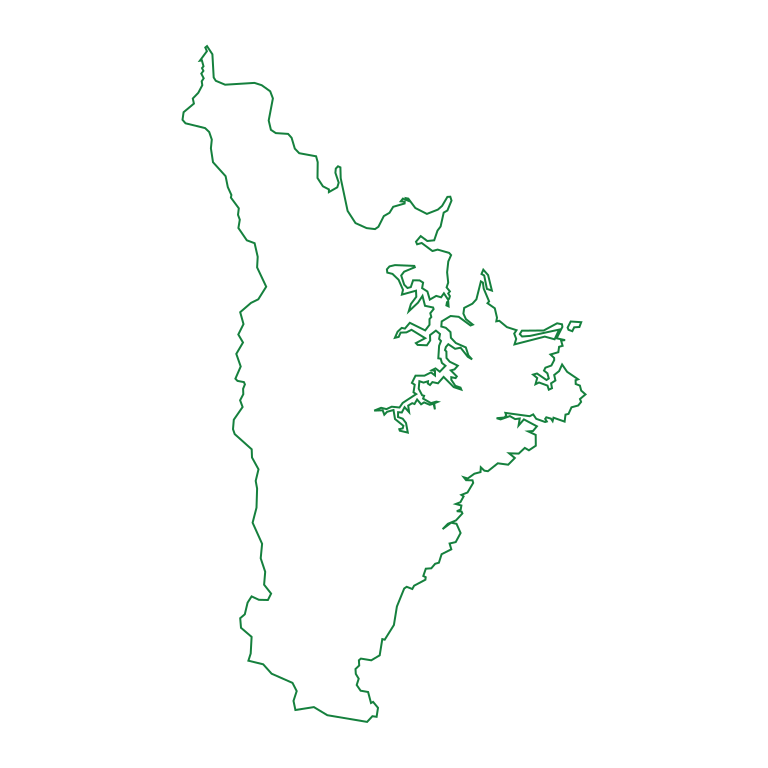 outline of Hornsby, New South Wales, Australia
{"feature_id": "25037944B15233431502175", "entity_name": "Hornsby", "entity_type": "district", "adm_level": 2, "iso_a3": "AUS", "parent_name": "Australia", "parent_adm1": "New South Wales", "projection": "robinson", "projection_center": [151.145, -33.572], "detail": "fine", "context": "isolated", "style": "outline", "palette": "green", "viewbox_px": 768, "rotation_deg": 0, "n_neighbors": 0, "source": "geoboundaries", "source_scale": "gbopen_adm2", "svg_char_len": 6107}
<svg xmlns="http://www.w3.org/2000/svg" viewBox="0 0 768 768"><path d="M207.0,46.1L205.3,47.5L206.9,51.2L199.9,60.7L201.9,60.4L203.5,66.3L202.0,68.1L203.4,70.9L201.3,73.6L203.7,78.3L201.7,81.3L202.3,85.2L198.3,92.8L192.8,98.5L193.9,103.6L183.6,112.2L182.5,119.8L185.5,123.3L205.1,128.1L209.2,132.0L211.8,139.6L210.9,148.3L213.0,162.2L225.6,176.2L227.8,187.1L231.4,195.0L230.9,197.6L238.8,208.3L238.0,214.8L239.8,219.7L238.4,228.0L246.8,240.3L254.6,243.2L257.7,256.8L257.1,267.4L266.2,286.7L258.3,299.3L251.0,302.9L240.2,312.2L243.5,324.1L238.3,334.5L243.0,342.5L236.3,353.9L240.7,366.5L235.4,378.7L237.5,380.9L243.9,382.1L244.9,384.4L243.1,388.8L243.3,394.2L240.1,400.3L242.6,407.0L233.8,419.7L233.0,429.2L234.7,434.1L251.7,449.3L252.0,457.5L258.5,469.3L255.7,480.9L257.1,488.6L256.5,507.7L252.6,522.7L262.1,543.8L260.7,558.3L265.2,571.8L264.1,584.7L271.1,593.6L267.9,600.0L258.9,599.8L251.6,596.4L247.6,602.6L244.8,614.3L240.2,618.2L241.0,627.8L251.6,636.9L250.7,653.5L248.4,660.7L263.2,664.3L271.6,673.7L292.5,682.9L296.7,691.1L293.5,700.9L295.4,710.0L313.9,707.1L327.3,715.2L367.1,721.9L372.4,716.2L376.6,716.8L378.0,707.8L373.1,701.9L371.0,703.0L368.1,692.0L360.6,690.7L356.7,685.0L358.7,678.7L355.8,673.9L355.5,669.0L359.2,665.5L358.9,660.3L360.9,658.6L371.3,660.3L379.7,655.3L382.3,639.1L384.7,639.7L393.9,625.0L396.9,606.5L404.2,588.5L406.7,586.8L412.3,589.0L414.1,585.7L425.4,579.7L425.7,577.2L423.3,576.0L425.8,568.7L431.3,568.3L435.1,563.8L438.9,562.7L441.6,554.2L451.3,549.3L449.6,543.5L455.7,542.1L460.6,533.0L456.5,523.8L451.1,522.7L442.6,529.1L447.9,523.8L456.0,520.4L462.4,513.4L461.6,511.6L456.8,511.2L460.7,509.5L461.4,505.5L455.8,504.0L460.4,502.2L463.6,496.4L461.4,494.9L467.5,492.5L473.2,482.9L472.5,480.3L466.1,480.2L463.8,477.3L467.7,478.5L474.4,473.7L480.5,472.1L480.8,467.3L484.4,470.7L487.9,471.2L497.8,463.3L508.2,464.7L514.8,458.0L509.1,453.3L518.7,453.6L524.8,447.9L528.9,450.3L535.8,445.7L535.7,434.9L528.2,431.4L533.0,431.0L536.9,426.3L523.9,419.4L518.6,425.5L519.7,418.5L515.1,419.1L509.9,416.1L500.6,419.4L496.6,418.2L504.5,417.5L506.2,415.4L505.4,412.9L529.7,416.2L533.2,414.4L536.2,418.8L545.1,422.0L546.8,421.5L545.2,418.9L546.3,417.3L550.9,418.6L552.6,421.1L553.5,417.7L564.6,421.6L565.5,414.6L568.5,413.9L571.5,407.3L578.2,405.5L581.1,401.9L580.0,399.0L585.5,394.4L581.2,390.6L579.9,385.6L575.7,384.0L575.6,380.2L578.1,379.3L567.1,371.8L562.1,364.5L559.1,371.1L554.2,375.0L555.4,380.5L551.1,383.3L552.0,388.2L548.8,389.7L547.5,385.6L539.0,382.5L535.5,384.2L537.2,378.0L533.1,374.6L537.0,373.5L546.5,380.0L548.8,378.5L547.4,373.3L544.0,370.6L545.4,367.7L551.4,365.5L554.2,360.1L554.1,357.9L550.5,354.5L558.3,352.2L559.1,346.8L562.6,345.8L561.1,340.6L565.1,340.1L556.6,338.3L562.4,326.9L562.0,324.3L557.1,323.3L543.7,330.5L521.9,330.7L519.8,334.1L522.1,336.5L530.1,335.9L559.1,329.6L554.6,339.3L544.8,336.6L514.5,344.4L516.2,338.9L514.2,333.6L516.5,330.2L506.9,327.1L499.3,320.8L496.3,321.3L497.0,317.7L494.8,308.3L487.5,303.2L489.1,301.4L483.7,288.6L482.9,282.6L480.9,281.4L476.4,299.3L472.4,303.7L464.2,307.9L463.4,313.6L465.9,319.1L472.8,324.6L470.5,325.5L458.7,316.8L450.6,316.0L441.7,321.4L441.3,326.5L445.8,327.8L450.5,332.1L450.9,337.8L455.8,343.0L465.8,347.4L468.4,355.4L472.1,359.4L467.8,356.8L460.6,347.7L455.1,348.8L448.3,344.2L445.9,347.0L445.0,350.1L446.4,351.5L446.5,358.0L449.7,361.7L457.8,365.7L454.5,369.4L450.8,370.4L456.8,376.4L455.6,378.1L451.3,377.2L451.3,379.8L455.3,385.8L460.5,387.6L461.3,389.6L453.7,387.1L443.6,376.9L438.0,383.3L432.4,382.1L430.0,385.0L427.8,383.5L428.0,381.3L423.5,382.6L419.4,381.2L418.7,388.7L422.1,395.2L424.1,395.8L423.1,398.6L431.0,403.1L436.4,401.6L437.7,401.9L434.2,403.3L434.9,409.4L433.6,403.7L429.8,404.8L424.1,402.4L421.1,404.3L417.1,399.5L414.5,404.0L412.2,403.2L408.2,405.6L409.1,412.2L404.6,407.2L401.8,412.5L398.1,412.2L398.0,417.0L402.7,418.7L406.0,423.0L407.8,432.6L399.8,430.7L399.3,429.2L402.7,428.4L403.4,425.8L395.0,419.0L393.5,410.0L387.1,411.8L384.3,414.7L382.7,410.3L374.2,410.6L381.1,407.8L386.5,409.1L391.7,406.7L399.5,407.5L402.7,402.9L416.2,394.1L413.5,392.3L414.7,384.7L411.9,382.9L415.5,375.7L424.4,375.7L431.0,372.4L435.0,375.5L435.0,371.0L431.9,370.2L435.5,368.4L439.8,371.7L445.5,365.8L441.9,362.9L440.7,358.7L438.3,358.3L439.1,345.8L441.0,341.0L439.1,338.9L440.0,334.0L435.9,330.6L430.0,335.1L430.2,340.5L426.9,345.3L417.6,344.9L415.9,343.1L425.2,338.2L411.5,329.8L406.4,332.4L400.6,332.6L398.7,336.9L394.9,337.8L397.6,331.7L401.7,327.9L404.9,328.6L409.8,322.8L425.2,330.4L429.5,324.8L429.5,319.1L431.3,317.0L430.3,313.2L433.6,309.1L433.1,307.5L425.0,305.8L422.5,295.9L418.0,302.7L408.7,311.4L410.9,304.0L416.3,296.8L416.0,290.7L401.9,294.6L403.0,289.8L398.6,279.8L392.5,273.9L387.3,272.6L386.9,269.3L389.5,266.4L395.0,265.1L414.3,265.9L414.8,267.2L404.1,271.7L401.2,275.5L404.2,284.7L407.5,288.0L410.8,287.1L413.1,280.3L419.6,280.4L423.1,282.6L422.1,288.1L427.4,291.5L429.8,299.6L436.2,295.9L441.1,297.3L443.9,293.3L448.1,299.7L449.1,298.8L449.9,296.1L448.2,293.5L449.9,291.4L446.6,287.4L448.2,282.6L447.1,272.3L448.3,261.4L451.1,255.1L449.1,252.9L437.6,249.6L432.4,251.0L421.7,243.0L417.1,244.3L416.0,241.7L420.7,236.1L427.3,241.0L434.2,240.3L437.5,230.6L440.6,226.5L443.7,212.6L447.4,210.5L451.5,200.6L450.3,196.7L447.4,196.9L442.1,205.9L437.9,209.6L426.9,213.9L415.3,208.0L408.3,198.6L406.1,198.2L407.4,200.4L402.9,198.6L400.8,201.3L404.7,201.7L404.6,203.5L393.2,206.8L389.5,212.8L383.8,216.1L378.4,226.8L375.0,229.1L366.6,228.1L355.5,223.1L347.6,210.9L340.7,178.2L340.4,167.4L338.0,166.3L335.8,168.6L335.4,172.8L338.7,182.7L337.3,187.3L328.9,192.1L328.9,189.4L322.9,186.3L317.5,178.0L317.7,162.2L316.1,156.3L299.2,153.2L294.8,148.6L291.6,137.8L288.1,133.9L275.8,133.1L270.9,129.8L268.7,120.5L272.9,98.4L270.2,91.3L261.7,85.2L254.5,82.9L225.1,84.7L215.8,80.8L213.7,77.5L212.4,54.3L207.0,46.1ZM484.2,275.5L486.9,288.9L491.9,290.6L488.1,275.1L483.3,269.7L481.5,274.0L484.2,275.5ZM567.6,327.6L568.5,329.8L572.3,331.2L574.2,327.3L579.4,327.0L581.2,322.2L570.7,321.5L567.6,327.6ZM446.4,305.4L448.6,306.4L448.2,301.2L447.0,302.2L446.4,305.4Z" fill="none" stroke="#15803d" stroke-width="2"/></svg>